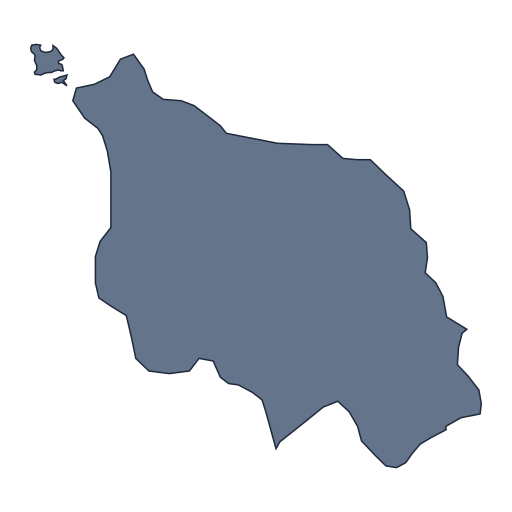 outline of Dangjin-si, South Chungcheong, South Korea
{"feature_id": "91817680B720891985776", "entity_name": "Dangjin-si", "entity_type": "district", "adm_level": 2, "iso_a3": "KOR", "parent_name": "South Korea", "parent_adm1": "South Chungcheong", "projection": "equal_earth", "projection_center": [126.58, 36.905], "detail": "fine", "context": "isolated", "style": "filled", "palette": "slate", "viewbox_px": 512, "rotation_deg": 0, "n_neighbors": 0, "source": "geoboundaries", "source_scale": "gbopen_adm2", "svg_char_len": 1627}
<svg xmlns="http://www.w3.org/2000/svg" viewBox="0 0 512 512"><path d="M462.1,333.2L466.8,329.3L446.6,316.9L443.0,296.7L435.9,282.9L425.2,272.8L427.5,257.7L426.3,242.6L410.8,228.8L409.6,209.9L403.7,191.1L385.8,174.7L370.3,159.7L357.2,159.7L342.9,158.4L327.5,144.6L312.0,144.6L277.5,143.3L226.3,133.3L220.4,125.8L194.2,105.7L181.1,100.7L163.3,99.4L152.6,91.9L147.8,80.6L144.2,69.3L133.5,54.2L120.4,59.2L109.7,76.8L94.3,84.3L76.4,88.1L72.8,100.7L84.7,118.2L97.8,128.3L102.6,135.8L107.3,150.9L110.9,172.2L110.9,183.5L110.9,198.6L110.9,202.4L110.9,227.5L100.1,241.4L95.4,256.5L95.4,282.9L98.9,298.0L112.0,306.8L126.3,315.6L131.1,335.8L135.8,358.4L148.9,371.0L169.2,373.6L189.4,371.0L199.0,358.4L213.2,361.0L220.4,377.3L228.7,383.6L238.3,384.9L252.6,392.5L262.1,400.0L265.7,411.4L276.0,448.7L279.9,441.8L302.2,424.1L323.3,407.0L337.8,401.3L349.2,411.8L357.6,426.4L361.5,440.9L375.2,455.4L385.9,465.9L396.6,467.6L405.7,462.7L412.6,453.0L420.2,444.1L430.9,437.7L446.2,429.6L445.6,426.5L461.0,417.7L480.1,413.9L481.3,403.8L478.9,390.0L468.1,376.1L457.4,364.7L458.6,347.1L462.1,333.2ZM40.7,50.8L39.7,47.6L40.7,45.2L36.0,44.4L31.7,45.2L30.7,48.3L31.4,51.5L34.7,54.6L35.0,57.1L34.4,60.2L36.7,65.5L36.7,69.7L34.4,72.2L35.0,74.3L41.0,75.0L44.7,73.2L48.7,72.5L51.3,72.5L55.0,70.8L58.3,70.0L61.0,70.8L63.3,70.8L62.3,65.5L61.6,64.4L58.6,63.4L58.6,60.9L62.6,59.5L64.0,57.8L61.3,55.0L56.7,48.3L53.0,45.5L53.0,49.4L50.7,51.5L45.4,52.5L40.7,50.8ZM63.3,80.6L66.0,78.8L67.0,75.0L63.6,76.0L59.6,77.1L55.6,79.2L54.0,79.2L54.6,82.0L56.3,83.0L58.6,83.4L61.6,82.3L64.0,83.7L67.0,85.8L63.3,80.6Z" fill="#64748b" stroke="#1e293b" stroke-width="1.5"/></svg>